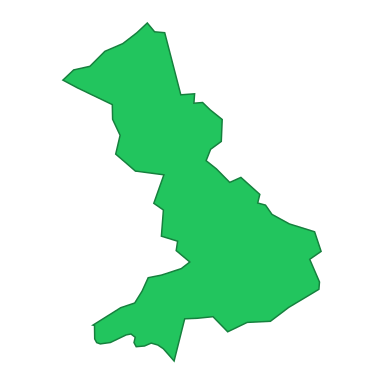 outline of Altiarik, Ferghana, Uzbekistan
{"feature_id": "79887680B43666703114629", "entity_name": "Altiarik", "entity_type": "district", "adm_level": 2, "iso_a3": "UZB", "parent_name": "Uzbekistan", "parent_adm1": "Ferghana", "projection": "orthographic", "projection_center": [71.41, 40.491], "detail": "fine", "context": "isolated", "style": "filled", "palette": "green", "viewbox_px": 384, "rotation_deg": 0, "n_neighbors": 0, "source": "geoboundaries", "source_scale": "gbopen_adm2", "svg_char_len": 1000}
<svg xmlns="http://www.w3.org/2000/svg" viewBox="0 0 384 384"><path d="M153.8,203.3L163.4,210.0L161.4,236.2L177.6,241.2L176.2,250.6L189.8,262.0L181.3,268.6L161.4,275.1L148.2,277.7L142.1,291.1L134.7,303.0L120.7,307.7L93.0,325.1L94.5,325.4L94.7,338.9L96.7,342.6L100.3,343.9L110.4,342.5L126.2,334.9L131.0,334.0L135.2,337.3L134.0,342.6L136.2,346.7L144.5,346.0L151.2,343.1L157.8,345.0L163.3,348.7L174.1,361.0L184.7,318.8L197.0,318.3L213.0,316.7L227.7,331.8L247.2,322.4L270.4,321.3L288.7,307.4L318.9,289.3L319.5,282.0L309.7,259.3L321.1,251.4L314.6,231.8L289.3,223.9L272.0,214.4L265.5,205.1L257.7,203.0L259.8,194.4L240.9,177.4L229.7,182.4L216.3,168.8L206.1,160.7L210.6,149.3L221.3,141.4L222.2,119.5L210.0,109.7L202.6,102.5L193.9,103.2L194.6,93.8L180.8,94.8L164.7,32.7L154.6,31.8L147.3,23.0L136.8,32.8L122.8,43.6L104.9,51.3L89.9,66.3L73.7,69.9L62.9,80.1L77.5,87.9L112.3,104.6L112.6,119.3L120.1,135.3L115.7,154.1L135.4,171.1L163.9,174.8L153.8,203.3Z" fill="#22c55e" stroke="#15803d" stroke-width="1.5"/></svg>